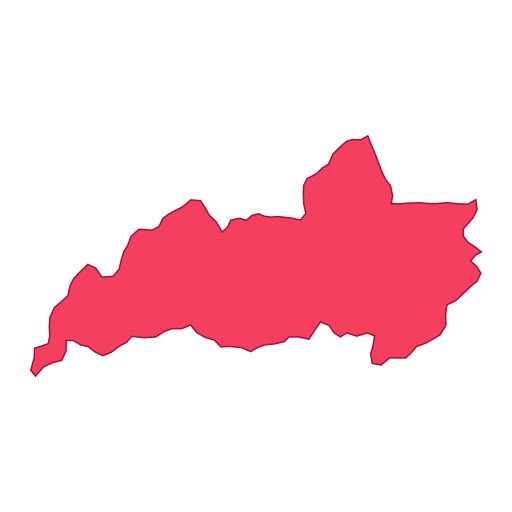 Oliveira Fortes, Minas Gerais, Brazil
{"feature_id": "56859067B27870531279876", "entity_name": "Oliveira Fortes", "entity_type": "district", "adm_level": 2, "iso_a3": "BRA", "parent_name": "Brazil", "parent_adm1": "Minas Gerais", "projection": "robinson", "projection_center": [-43.521, -21.329], "detail": "fine", "context": "isolated", "style": "filled", "palette": "rose", "viewbox_px": 512, "rotation_deg": 0, "n_neighbors": 0, "source": "geoboundaries", "source_scale": "gbopen_adm2", "svg_char_len": 1966}
<svg xmlns="http://www.w3.org/2000/svg" viewBox="0 0 512 512"><path d="M480.9,273.2L476.5,266.4L470.6,260.9L475.7,255.0L481.3,251.9L475.1,247.0L467.9,242.3L463.4,236.3L463.4,228.8L467.9,223.7L472.7,218.3L477.1,209.5L475.8,199.6L467.9,204.2L458.6,203.9L447.6,202.7L436.0,203.6L429.2,203.6L419.2,202.7L406.9,203.2L398.9,203.9L391.4,203.6L392.5,195.3L390.5,185.7L386.0,180.2L382.0,172.2L377.4,159.7L373.7,150.4L370.6,143.3L367.8,135.9L360.6,139.8L352.7,139.5L346.6,141.3L340.4,146.6L333.0,154.0L328.4,164.3L322.3,168.0L316.8,173.5L307.2,178.5L303.7,185.3L303.3,192.5L303.7,203.6L305.9,213.5L300.4,220.1L291.8,218.1L285.3,217.4L278.1,216.6L271.1,217.1L264.7,216.3L258.5,213.8L251.9,215.5L246.2,220.4L239.8,218.3L230.8,220.1L227.4,227.4L222.1,232.0L216.4,222.1L209.5,215.5L206.1,209.5L200.6,200.7L190.8,199.9L183.2,206.4L175.7,210.3L168.7,214.1L163.0,218.3L158.9,226.5L152.1,230.2L139.0,229.2L131.1,236.3L127.6,245.6L123.9,251.4L121.2,260.1L119.1,269.2L112.9,276.4L101.9,277.1L95.7,268.1L87.8,264.4L80.8,271.2L73.8,278.3L69.8,286.3L68.1,295.4L61.8,301.3L54.3,307.6L49.8,317.9L49.3,327.3L49.8,335.8L48.2,343.7L41.7,346.0L34.5,348.3L34.2,357.9L30.7,370.2L35.5,376.1L43.4,367.0L52.3,362.7L61.8,360.4L66.0,351.1L66.2,340.5L73.4,340.6L81.3,345.2L88.0,346.5L95.1,352.0L102.9,355.6L111.2,352.3L119.5,346.0L126.3,342.5L131.8,336.4L144.5,337.7L155.8,336.9L164.3,331.4L171.8,328.7L181.8,328.6L190.6,325.0L196.8,332.6L205.3,337.4L214.4,340.1L220.8,346.8L230.2,346.5L241.4,347.6L250.7,351.6L257.1,347.7L265.0,344.8L273.9,344.0L284.2,341.7L289.0,336.9L298.2,336.9L308.9,339.2L314.4,330.6L320.5,321.9L329.1,325.5L334.3,333.1L340.4,336.9L346.8,332.9L356.8,336.1L367.4,332.9L374.6,335.8L373.0,346.0L370.6,354.0L372.2,363.4L381.1,365.0L389.4,357.9L399.3,357.9L405.8,357.9L410.9,353.1L416.5,346.5L425.5,343.2L431.9,339.7L440.0,334.9L445.9,325.5L445.6,314.7L447.0,304.8L455.9,300.5L463.1,293.7L470.3,286.8L477.1,281.2L480.9,273.2Z" fill="#f43f5e" stroke="#9f1239" stroke-width="1.5"/></svg>